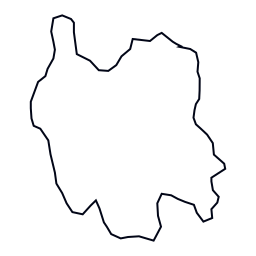 Geumsan-gun, South Chungcheong, South Korea (Mercator projection)
{"feature_id": "91817680B68842805087026", "entity_name": "Geumsan-gun", "entity_type": "district", "adm_level": 2, "iso_a3": "KOR", "parent_name": "South Korea", "parent_adm1": "South Chungcheong", "projection": "mercator", "projection_center": [127.492, 36.118], "detail": "fine", "context": "isolated", "style": "outline", "palette": "ink", "viewbox_px": 256, "rotation_deg": 0, "n_neighbors": 0, "source": "geoboundaries", "source_scale": "gbopen_adm2", "svg_char_len": 1114}
<svg xmlns="http://www.w3.org/2000/svg" viewBox="0 0 256 256"><path d="M90.0,60.7L76.8,54.1L73.9,32.2L73.9,22.7L71.0,19.0L62.2,15.4L53.4,18.3L51.2,31.5L53.4,41.7L54.9,49.7L53.4,58.5L47.6,68.8L45.4,76.1L38.1,81.9L30.8,101.7L30.8,108.3L31.5,118.5L32.0,120.1L33.7,125.8L40.3,128.7L48.3,140.4L50.5,154.3L54.9,172.6L56.4,183.6L62.2,193.1L66.6,203.3L68.7,206.5L72.4,212.1L82.7,214.3L90.7,205.5L95.9,200.4L99.5,208.5L103.9,222.4L106.8,226.7L111.2,234.1L120.7,238.4L128.0,237.0L139.0,236.3L153.6,240.6L155.5,237.1L161.0,226.7L158.0,215.8L157.3,203.3L161.7,193.8L171.2,195.3L177.8,198.9L185.1,201.9L193.9,204.8L196.8,212.8L203.4,221.6L212.2,218.0L211.4,209.2L217.3,202.6L218.7,196.8L212.9,190.2L211.4,181.4L211.4,177.7L225.2,168.8L224.2,163.7L213.9,154.6L212.8,143.1L207.1,134.6L200.6,128.5L195.9,124.3L193.5,117.7L194.5,110.2L195.9,104.1L199.2,99.0L199.6,90.6L199.7,78.3L197.5,71.7L198.3,62.2L196.1,52.7L190.2,49.0L179.2,46.8L180.7,46.1L176.3,43.9L172.7,41.7L161.7,32.9L157.3,35.1L150.0,41.0L132.7,39.0L130.2,49.0L121.5,56.3L116.3,65.1L108.3,70.9L98.8,70.2L90.0,60.7Z" fill="none" stroke="#020617" stroke-width="2"/></svg>